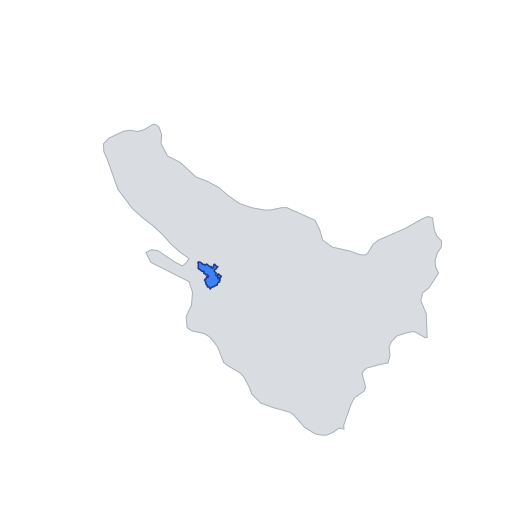 Villa Rivas, Duarte, Dominican Republic (highlighted), rotated 211°
{"feature_id": "3306468B95722442714869", "entity_name": "Villa Rivas", "entity_type": "district", "adm_level": 2, "iso_a3": "DOM", "parent_name": "Dominican Republic", "parent_adm1": "Duarte", "projection": "albers", "projection_center": [-69.879, 19.149], "detail": "fine", "context": "in_parent", "style": "filled", "palette": "blue", "viewbox_px": 512, "rotation_deg": 211, "n_neighbors": 0, "source": "geoboundaries", "source_scale": "gbopen_adm2", "svg_char_len": 5871}
<svg xmlns="http://www.w3.org/2000/svg" viewBox="0 0 512 512"><g transform="rotate(211 256 256)"><path d="M90.7,335.4L91.4,317.5L94.2,310.3L91.7,302.6L80.4,294.3L73.5,283.8L67.4,274.4L68.9,273.1L81.3,272.8L85.6,269.5L94.1,260.1L95.8,252.4L95.2,246.7L89.9,239.7L87.8,232.4L94.6,226.1L103.4,216.9L104.6,213.4L104.5,209.8L94.4,200.0L93.8,195.8L98.6,185.2L98.2,178.2L93.7,156.2L91.5,153.0L96.1,151.2L99.1,144.7L103.1,138.9L108.4,135.8L114.4,133.9L126.3,134.2L142.6,139.4L147.2,139.4L163.0,134.9L176.1,132.4L188.4,135.4L193.3,139.4L203.4,145.7L208.5,147.6L224.6,147.5L228.9,148.2L242.4,158.5L253.7,162.7L260.3,162.9L272.1,158.9L278.0,159.0L284.7,168.0L286.0,180.6L291.7,192.2L300.3,199.5L342.8,196.4L352.3,202.4L349.0,207.4L343.0,210.1L322.8,209.0L314.0,209.6L312.2,214.6L312.2,219.2L324.0,220.3L335.6,222.6L347.5,226.3L359.5,228.8L373.1,230.4L386.4,233.0L408.7,242.0L433.5,262.5L440.1,267.1L444.6,273.6L442.6,281.6L433.8,294.7L428.9,299.0L421.6,301.6L416.7,307.0L411.9,316.2L409.0,317.0L405.5,316.6L399.5,311.5L395.3,303.5L383.3,296.1L369.2,297.2L348.3,292.8L335.7,295.0L323.0,295.5L310.1,293.3L297.1,292.5L284.2,295.3L271.6,300.1L266.9,303.2L258.9,310.6L254.6,313.3L223.9,317.0L215.1,311.5L207.0,304.0L195.2,302.9L178.1,308.6L167.4,310.7L163.0,313.1L161.7,315.9L161.6,326.4L159.2,332.7L142.3,356.5L132.8,373.3L128.8,378.5L124.3,379.6L116.2,369.8L111.0,366.2L104.5,364.4L101.8,359.2L102.0,351.9L100.4,344.8L96.4,339.1L90.7,335.4Z" fill="#d9dde1" stroke="#a8b0b8" stroke-width="1"/><path d="M285.7,207.4L285.4,207.3L285.2,207.3L285.1,207.2L284.9,206.8L284.8,206.6L284.5,206.3L284.3,206.0L284.2,205.9L283.9,205.8L283.1,205.9L282.8,205.8L282.6,205.8L282.5,205.7L282.3,205.6L282.2,205.4L282.2,205.0L282.1,204.9L282.0,204.7L281.9,204.7L281.7,204.6L281.4,204.6L281.2,204.7L280.8,205.0L280.7,205.1L280.4,205.2L280.2,205.2L279.7,205.0L279.5,204.8L279.1,204.6L278.8,204.5L278.5,204.3L278.3,204.2L278.2,204.8L278.2,205.0L278.0,205.5L277.9,206.1L277.9,206.3L277.5,206.6L277.3,206.8L277.2,206.9L277.1,207.1L276.9,207.4L276.7,207.8L276.3,208.1L276.2,208.2L276.2,208.3L275.9,208.9L275.8,209.0L275.8,209.4L275.7,209.5L275.5,210.0L275.4,210.1L275.2,210.3L274.8,210.5L274.7,210.6L274.4,210.8L274.3,211.0L274.4,211.4L274.5,211.6L274.6,211.9L274.8,212.2L274.8,212.3L274.9,212.5L274.9,213.1L274.8,213.4L274.6,213.8L274.6,214.1L274.4,214.3L274.2,214.5L274.0,214.8L273.9,215.1L274.0,215.2L274.0,215.3L274.1,215.5L274.4,215.7L274.5,215.7L274.5,215.9L274.5,216.0L274.4,216.5L274.3,216.8L274.4,217.0L274.5,217.1L274.8,217.3L275.0,217.3L275.3,217.2L275.5,217.1L275.9,217.1L276.2,217.2L276.4,217.2L276.7,217.3L276.8,217.4L277.0,217.4L277.4,217.5L277.5,217.5L277.9,217.8L277.9,218.1L276.8,218.0L276.6,218.1L276.4,218.1L276.2,218.2L276.1,218.3L276.0,218.5L275.9,218.6L275.4,218.7L275.3,218.8L275.2,218.9L275.2,219.1L275.2,219.4L275.2,219.6L275.4,219.9L275.4,220.1L275.5,220.2L275.5,220.4L275.4,220.8L276.3,220.8L276.7,220.8L277.0,220.9L277.3,221.0L277.8,221.1L278.9,221.2L279.1,221.2L279.3,221.1L279.4,220.9L279.4,220.7L279.2,220.4L279.1,219.9L278.9,219.6L278.9,219.4L278.9,219.1L279.1,219.0L279.4,218.9L279.6,218.8L279.8,218.7L280.0,218.7L280.1,218.8L280.4,218.9L280.8,219.0L281.0,219.3L281.0,220.1L281.0,220.3L281.0,220.5L281.3,220.8L281.8,221.0L282.0,221.1L282.8,221.2L283.0,221.2L283.2,221.3L283.5,221.4L284.1,221.5L284.3,221.7L284.4,221.9L284.4,222.1L284.4,222.4L284.3,222.8L284.3,223.1L284.1,223.3L284.0,223.6L283.8,224.0L283.7,224.2L283.5,224.4L283.5,224.6L283.5,224.8L283.6,225.0L283.6,225.3L283.5,225.5L283.4,225.9L283.4,226.6L283.4,226.8L283.3,227.0L284.0,227.0L285.2,227.0L285.6,227.0L285.8,227.1L286.2,227.3L286.5,227.4L286.7,227.6L286.9,227.6L287.0,227.6L287.3,227.6L287.6,227.2L287.7,226.9L287.7,226.6L287.6,226.4L287.3,225.8L287.3,225.7L287.2,225.6L286.9,225.5L286.9,225.4L286.9,225.2L287.0,224.8L287.0,224.7L287.1,224.3L287.1,224.0L287.0,223.7L286.9,223.5L286.9,223.4L286.8,223.2L287.1,223.0L287.5,223.0L287.7,222.9L287.8,222.9L288.4,223.0L288.5,223.1L288.6,223.3L288.6,223.7L288.7,223.8L288.9,223.9L289.0,223.9L289.4,223.6L289.5,223.5L289.6,223.4L290.1,223.3L290.5,223.1L290.8,223.1L291.0,223.1L291.3,223.2L291.6,223.2L291.8,223.3L292.1,223.5L292.3,223.5L292.6,223.4L293.0,223.4L293.2,223.5L293.5,223.6L293.9,223.7L294.0,223.7L294.3,223.5L294.3,223.4L294.6,222.7L294.7,222.3L294.8,222.2L295.1,221.9L295.3,221.9L295.6,221.9L296.0,222.1L296.3,222.1L296.5,221.9L296.9,221.5L297.0,221.4L297.3,221.3L297.5,221.3L297.8,221.5L298.1,221.6L298.3,221.8L298.5,221.8L299.0,221.9L300.3,221.9L300.7,221.9L301.0,221.8L301.7,221.6L301.8,221.5L302.2,221.3L302.3,221.2L302.4,220.9L302.4,220.6L302.3,220.3L302.3,220.2L302.2,220.1L301.8,220.0L301.6,219.9L301.4,219.7L301.2,219.5L301.0,219.1L300.9,218.8L300.8,218.5L300.6,218.2L300.5,217.9L300.3,217.7L300.0,217.3L299.7,216.7L299.6,216.4L299.6,216.1L299.3,215.7L298.5,215.7L298.3,215.7L298.2,215.7L298.0,215.3L297.9,215.2L297.6,215.3L297.3,215.5L297.2,215.6L296.9,215.7L296.4,215.5L296.0,215.4L295.7,215.2L295.2,215.1L294.8,215.1L294.4,215.1L294.2,215.2L293.9,215.3L293.8,215.6L293.7,215.6L293.3,215.7L293.0,215.7L292.6,215.7L292.3,215.7L292.2,215.7L292.0,215.4L292.0,214.7L291.9,214.3L291.8,214.2L291.7,214.2L291.6,214.3L291.3,214.4L291.1,214.4L290.7,214.5L290.3,214.5L290.0,214.4L289.9,214.4L289.7,214.3L289.4,214.1L289.2,214.0L288.8,214.5L288.7,214.6L288.4,214.7L288.3,214.8L288.0,214.8L287.6,214.8L287.4,214.7L287.1,214.5L286.8,214.4L286.3,214.1L286.2,214.0L286.2,213.9L286.1,213.7L286.1,213.3L286.2,213.1L286.3,213.0L286.4,212.9L286.6,212.9L286.8,213.0L287.1,213.2L287.3,213.2L287.5,213.1L287.6,212.9L287.5,212.6L287.4,212.4L287.4,211.8L287.3,211.6L287.3,211.4L287.1,211.1L287.1,210.9L287.1,210.7L287.3,210.5L287.5,210.4L287.7,210.1L287.7,209.9L287.7,209.4L287.7,209.1L287.7,208.8L287.6,208.7L287.4,208.6L287.1,208.5L286.5,208.3L286.3,208.1L286.1,208.0L286.0,207.8L285.9,207.7L285.7,207.4Z" fill="#3b82f6" stroke="#1e3a8a" stroke-width="1.5"/></g></svg>